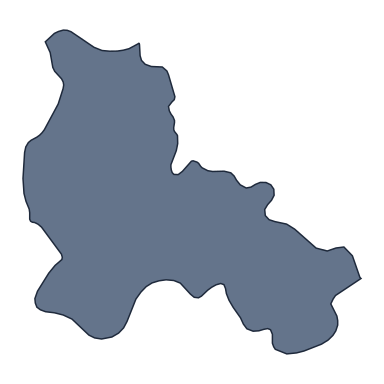 outline of Lạng Sơn
{"feature_id": "VNM-454", "entity_name": "Lạng Sơn", "entity_type": "Province", "adm_level": 1, "iso_a3": "VNM", "parent_name": "Vietnam", "parent_adm1": "", "projection": "orthographic", "projection_center": [106.647, 21.903], "detail": "fine", "context": "isolated", "style": "filled", "palette": "slate", "viewbox_px": 384, "rotation_deg": 0, "n_neighbors": 0, "source": "natural_earth", "source_scale": "10m", "svg_char_len": 2173}
<svg xmlns="http://www.w3.org/2000/svg" viewBox="0 0 384 384"><path d="M139.1,42.9L139.5,44.7L140.1,55.7L141.5,60.4L145.2,64.3L151.3,66.5L162.3,67.0L166.9,71.0L168.5,74.8L174.9,96.7L174.3,99.6L171.9,102.0L168.5,106.4L169.3,110.8L171.0,114.1L173.1,117.0L174.5,120.5L174.5,122.6L173.7,127.5L173.8,129.9L174.5,131.5L176.9,134.5L177.5,135.7L177.7,143.6L176.3,150.6L170.9,164.7L170.9,167.2L171.3,170.0L172.2,172.6L173.8,174.4L178.2,174.6L182.4,171.4L191.4,161.2L193.1,160.8L197.0,162.1L198.6,163.3L200.7,166.4L202.1,167.8L207.8,170.7L212.6,171.5L224.1,171.2L230.8,172.8L234.1,176.0L236.5,180.2L240.2,184.8L246.2,188.0L251.0,187.1L255.4,184.4L260.3,182.4L266.0,182.5L270.8,184.8L273.8,189.2L274.1,195.3L271.5,200.3L267.6,204.7L264.7,209.5L265.3,215.6L269.1,219.7L274.9,221.6L286.6,224.1L294.6,229.1L316.1,248.1L327.2,251.0L336.0,248.0L343.9,247.0L352.4,255.8L359.9,277.4L361.0,278.5L335.5,295.5L333.2,298.9L330.8,303.9L336.9,316.1L337.7,320.6L337.7,325.1L335.8,330.9L332.9,335.4L328.2,340.0L321.6,344.1L304.0,351.0L296.6,352.9L286.8,353.9L275.3,349.3L273.7,346.8L272.4,343.2L272.4,334.3L270.5,329.7L267.7,328.6L263.9,329.3L258.9,330.8L253.1,331.2L246.9,328.8L243.4,324.1L240.5,317.8L233.2,307.4L229.0,300.2L226.4,293.6L225.5,288.5L223.9,284.6L220.7,283.5L216.1,284.8L211.6,287.3L207.7,290.2L201.5,296.1L198.5,297.8L194.2,297.3L190.4,294.1L180.3,283.1L173.8,280.5L166.1,279.8L159.0,280.8L152.1,282.9L146.2,286.6L140.9,292.1L135.9,299.1L127.0,321.5L123.6,327.9L118.6,333.1L111.9,337.0L101.6,339.0L94.6,337.9L88.9,335.1L72.0,319.1L63.2,315.0L54.5,312.8L45.5,311.7L40.4,309.8L36.9,307.2L35.3,303.0L34.9,298.6L37.5,291.2L48.8,273.1L55.1,265.4L61.9,259.5L62.3,257.2L61.4,254.1L41.5,227.1L37.9,224.1L34.6,222.5L32.3,222.2L30.6,221.2L29.7,219.2L29.7,212.7L29.2,209.1L26.0,201.3L24.0,193.5L23.0,178.5L24.6,152.5L25.8,146.9L28.4,142.5L31.2,140.2L36.8,137.2L39.6,135.2L42.1,132.7L44.3,129.8L58.2,104.0L63.1,88.6L63.7,85.0L63.2,82.0L61.6,78.9L54.7,71.3L52.8,67.4L50.2,52.6L45.3,41.8L54.4,33.4L58.4,31.5L63.3,30.1L67.2,30.3L71.0,31.7L94.0,47.3L102.0,50.5L109.7,51.2L117.1,51.1L123.3,50.2L129.0,48.7L138.1,43.8L139.1,43.0L139.1,42.9Z" fill="#64748b" stroke="#1e293b" stroke-width="1.5"/></svg>